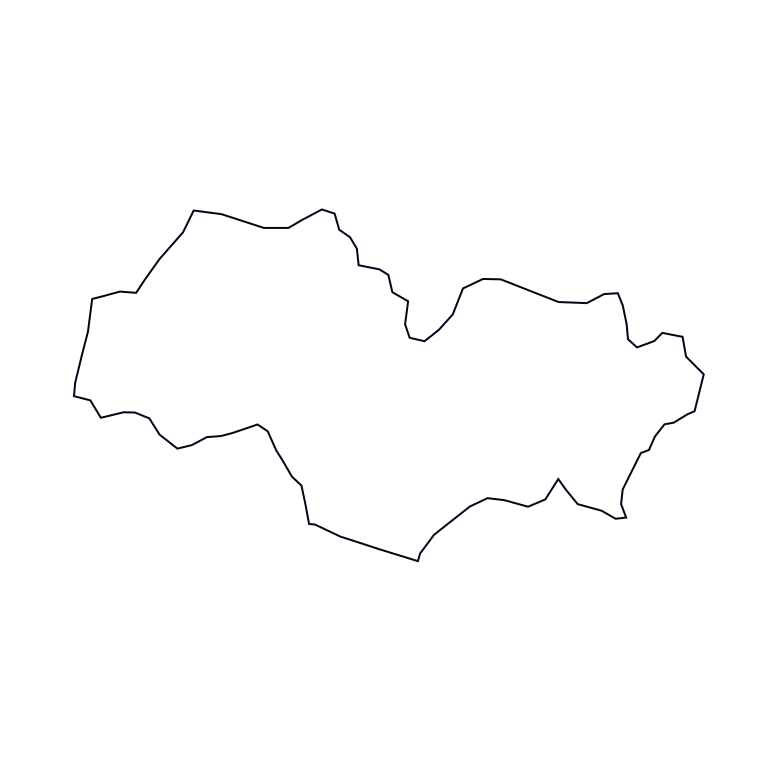 Alvesta, Kronoberg, Sweden (Equal Earth projection), rotated 288°
{"feature_id": "70781695B73042132081687", "entity_name": "Alvesta", "entity_type": "district", "adm_level": 2, "iso_a3": "SWE", "parent_name": "Sweden", "parent_adm1": "Kronoberg", "projection": "equal_earth", "projection_center": [14.526, 56.874], "detail": "fine", "context": "isolated", "style": "outline", "palette": "ink", "viewbox_px": 768, "rotation_deg": 288, "n_neighbors": 0, "source": "geoboundaries", "source_scale": "gbopen_adm2", "svg_char_len": 1311}
<svg xmlns="http://www.w3.org/2000/svg" viewBox="0 0 768 768"><g transform="rotate(288 384 384)"><path d="M226.0,471.0L233.9,470.7L256.1,478.2L276.2,491.6L294.0,503.5L307.4,517.7L310.7,534.2L311.8,558.9L324.1,573.1L347.5,579.1L339.7,589.6L329.6,605.3L330.7,630.1L327.4,645.9L331.8,655.6L343.0,646.6L357.5,643.6L397.7,649.6L403.2,656.4L417.8,657.9L432.3,663.2L436.7,671.4L449.0,682.0L454.1,687.8L492.0,685.1L503.4,662.8L521.1,653.4L518.6,632.9L508.4,627.8L497.0,613.3L502.0,602.2L516.0,596.2L532.5,586.8L535.5,584.3L542.6,578.3L537.5,565.5L523.6,551.9L515.9,524.7L519.6,462.7L514.5,445.7L499.3,429.6L471.4,427.9L452.4,419.4L437.2,409.3L435.9,394.1L447.3,385.6L470.1,381.4L473.9,363.6L489.1,354.4L491.6,344.2L489.1,323.2L504.3,316.4L513.1,306.3L516.9,293.7L530.8,284.4L530.8,271.0L514.3,255.0L502.9,244.9L495.3,221.4L495.3,177.0L490.2,149.4L466.2,146.0L433.3,131.8L409.3,124.3L394.1,120.1L390.3,104.3L381.5,90.9L374.7,80.2L342.1,86.3L318.8,87.7L300.7,89.1L289.9,89.9L276.6,92.9L277.7,109.7L264.4,125.2L276.6,145.0L279.9,156.0L278.8,171.5L266.5,186.2L258.7,207.5L266.5,220.1L278.7,231.9L284.2,245.2L290.9,255.5L306.4,276.2L303.1,288.0L287.5,302.1L280.8,310.2L267.5,325.0L261.9,336.9L245.2,346.5L227.7,356.0L229.0,361.6L225.4,389.6L225.4,431.0L226.0,471.0Z" fill="none" stroke="#020617" stroke-width="2"/></g></svg>